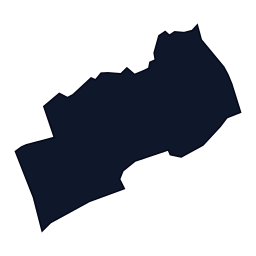 the district of Russell, Virginia, United States of America
{"feature_id": "52423323B37698744608843", "entity_name": "Russell", "entity_type": "district", "adm_level": 2, "iso_a3": "USA", "parent_name": "United States of America", "parent_adm1": "Virginia", "projection": "equal_earth", "projection_center": [-82.083, 36.926], "detail": "fine", "context": "isolated", "style": "filled", "palette": "ink", "viewbox_px": 256, "rotation_deg": 0, "n_neighbors": 0, "source": "geoboundaries", "source_scale": "gbopen_adm2", "svg_char_len": 655}
<svg xmlns="http://www.w3.org/2000/svg" viewBox="0 0 256 256"><path d="M43.8,106.4L54.3,137.4L26.3,144.8L21.4,147.0L15.4,151.4L33.4,197.3L42.1,231.1L50.6,222.6L89.2,201.5L124.3,188.6L119.6,179.2L122.9,170.9L135.0,161.1L168.3,149.9L170.3,154.7L181.2,157.0L203.0,145.1L220.3,126.4L226.9,117.7L240.6,112.3L231.7,83.8L227.9,74.6L223.8,67.0L201.3,39.8L197.3,24.9L192.2,30.5L184.1,32.6L174.6,31.8L169.4,35.3L165.2,31.5L158.9,35.7L154.1,52.9L155.3,59.9L149.9,62.3L148.8,68.2L143.7,70.7L134.5,74.5L126.9,67.9L120.9,73.8L108.0,72.8L101.1,73.1L95.5,79.9L91.1,77.9L73.0,94.7L67.5,97.6L59.3,93.4L43.8,106.4Z" fill="#0f172a" stroke="#020617" stroke-width="1.5"/></svg>